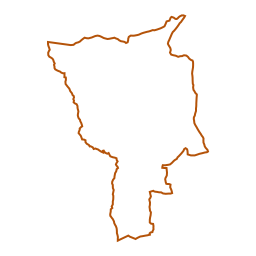 the district of Baringo Central, Rift Valley, Kenya
{"feature_id": "3690345B17833085529385", "entity_name": "Baringo Central", "entity_type": "district", "adm_level": 2, "iso_a3": "KEN", "parent_name": "Kenya", "parent_adm1": "Rift Valley", "projection": "albers", "projection_center": [35.755, 0.409], "detail": "fine", "context": "isolated", "style": "outline", "palette": "amber", "viewbox_px": 256, "rotation_deg": 0, "n_neighbors": 0, "source": "geoboundaries", "source_scale": "gbopen_adm2", "svg_char_len": 5071}
<svg xmlns="http://www.w3.org/2000/svg" viewBox="0 0 256 256"><path d="M150.9,212.3L150.0,210.7L149.8,208.8L149.5,206.9L149.9,205.0L150.0,202.3L149.5,200.7L149.3,199.3L150.3,197.9L150.9,196.3L150.4,194.6L149.8,191.9L152.0,191.2L152.7,191.0L153.3,190.8L154.1,191.4L154.8,191.6L156.0,191.8L157.1,191.9L158.5,192.2L159.1,192.3L161.3,192.4L162.7,193.3L163.4,193.5L165.7,193.8L168.5,193.6L170.5,193.6L172.1,193.1L171.8,191.5L171.3,189.8L170.2,187.3L170.5,184.6L169.0,184.0L167.5,184.0L166.3,183.8L165.7,182.1L165.5,180.8L165.2,179.2L165.5,178.0L166.1,176.9L166.8,175.5L167.0,172.6L166.5,168.0L164.3,168.0L162.3,167.8L162.4,166.6L162.6,165.9L162.8,165.2L165.0,165.3L166.9,165.0L168.3,164.8L170.1,164.4L172.1,162.7L173.3,161.4L174.6,160.2L176.9,158.8L177.5,157.4L178.9,156.1L180.4,154.5L181.4,153.4L182.3,152.3L183.5,150.8L184.2,149.1L185.6,148.2L187.1,149.3L187.5,150.9L187.6,152.3L187.7,154.4L190.9,155.4L194.7,155.4L196.0,155.0L197.5,154.5L199.5,153.8L202.2,153.2L204.8,152.5L206.9,152.2L208.0,151.5L207.6,150.3L207.4,149.7L206.8,149.1L206.1,148.3L205.5,147.6L204.7,146.2L204.3,144.5L203.5,142.6L203.4,140.4L203.5,138.4L202.8,137.0L201.7,135.6L200.8,134.0L199.6,132.3L198.6,130.7L197.7,129.2L196.6,127.2L195.4,125.2L194.4,123.2L194.2,121.6L194.1,120.5L194.0,120.1L193.8,119.2L193.8,118.7L193.9,117.3L194.8,115.6L195.1,113.8L195.3,113.2L195.5,112.5L196.0,111.0L196.0,110.5L196.0,109.1L196.0,108.3L196.2,106.9L196.3,105.0L196.3,104.3L196.3,103.5L196.4,101.7L196.5,99.7L196.6,97.7L196.8,95.6L196.8,94.4L195.4,93.0L194.5,91.3L193.5,89.9L193.1,87.4L193.4,85.0L192.8,83.8L192.7,81.9L192.6,79.7L192.6,78.0L192.4,75.7L192.1,73.6L192.3,71.6L192.6,69.8L193.0,67.4L193.1,65.5L193.1,63.2L193.0,61.7L192.5,60.5L191.1,60.0L190.1,59.3L189.1,58.5L188.1,57.0L186.4,55.6L184.5,55.3L183.9,55.3L183.1,55.6L182.2,56.1L180.2,56.2L178.2,56.8L175.7,55.7L173.2,55.2L171.2,54.6L170.0,52.6L170.5,51.0L170.7,50.4L170.7,49.6L170.3,48.0L169.4,46.5L168.6,45.2L167.9,43.8L168.3,41.9L169.3,39.8L170.0,38.1L170.7,36.5L171.7,34.1L172.8,32.0L174.0,30.9L175.6,29.0L177.3,26.8L178.7,24.8L179.7,23.2L181.0,22.0L182.1,20.4L183.3,18.7L183.7,18.2L184.3,17.3L185.0,16.0L184.2,15.7L183.6,15.4L181.7,15.4L180.8,15.9L180.2,16.1L178.8,17.1L177.8,18.2L176.7,19.0L175.4,18.9L173.8,17.7L172.5,17.2L171.6,16.9L170.7,17.6L170.0,19.3L169.5,20.6L166.6,21.4L165.6,23.9L164.5,26.3L162.5,27.4L160.6,28.3L156.9,29.6L154.4,30.3L152.7,30.1L150.3,31.0L148.6,31.5L147.1,31.8L144.9,32.4L143.8,32.7L142.5,33.1L141.4,33.5L140.7,33.8L139.0,34.6L137.6,35.0L137.1,35.1L136.0,35.3L135.0,35.5L133.5,35.7L130.7,35.6L128.8,36.9L128.2,38.9L128.2,40.1L127.9,41.2L127.8,41.7L127.6,42.3L126.0,43.0L124.6,41.9L122.8,41.5L120.9,41.2L119.2,40.3L117.8,39.1L115.8,38.4L114.4,37.7L113.2,38.0L111.1,38.4L109.2,38.8L107.5,39.0L105.5,38.5L103.7,38.0L101.4,36.8L99.6,36.0L97.6,35.6L95.4,36.0L94.1,36.5L91.7,37.5L90.1,37.9L89.4,38.1L88.6,38.3L87.8,38.3L86.6,38.2L84.6,37.7L82.8,39.0L81.2,40.3L80.1,41.4L78.4,42.3L76.1,42.9L74.7,43.8L73.6,44.8L70.8,45.1L48.0,42.0L48.0,44.1L48.4,45.9L49.2,48.0L49.7,49.8L49.0,50.9L48.2,52.7L48.3,55.1L49.3,56.7L51.1,57.7L52.5,58.7L53.3,60.0L53.8,61.8L54.7,63.5L54.0,64.8L54.5,66.6L54.5,68.0L55.2,69.3L56.7,70.2L58.4,71.0L59.9,71.5L61.4,72.7L63.1,73.3L64.5,73.2L64.5,75.2L64.4,77.2L65.8,77.5L65.9,78.6L65.9,80.0L65.4,81.7L65.6,84.0L66.9,85.7L68.0,87.1L69.3,88.6L70.3,91.2L71.9,93.2L72.6,95.1L73.7,96.0L74.0,97.4L73.3,99.1L74.0,100.6L73.9,101.0L73.6,102.2L74.6,103.2L75.1,103.5L76.6,104.2L77.4,105.8L77.5,106.3L77.5,107.3L77.7,108.8L77.9,109.4L78.4,111.4L78.0,113.7L77.8,115.2L78.1,116.7L78.7,118.3L80.0,119.8L80.3,121.3L81.2,122.9L81.9,125.0L82.2,126.3L80.8,127.3L79.7,128.5L79.8,129.3L79.4,130.6L79.2,131.0L78.9,131.7L78.6,133.1L79.9,134.7L80.3,135.1L80.9,136.0L81.2,136.8L81.4,137.4L81.9,138.7L82.1,139.4L82.9,139.5L84.0,139.6L85.5,140.3L85.5,142.2L86.8,143.8L88.8,144.9L89.7,146.4L90.4,146.2L92.7,147.3L93.7,149.0L95.3,148.5L96.9,149.1L97.6,149.3L98.1,149.5L99.4,150.5L101.1,151.6L103.1,152.5L102.9,150.8L103.7,150.6L104.7,152.2L105.9,153.1L107.3,153.7L107.9,153.4L108.6,153.0L109.4,154.6L110.3,156.3L112.6,157.2L114.9,157.7L115.6,157.9L116.5,158.3L116.7,160.0L117.6,161.4L116.6,162.9L115.9,164.4L116.2,165.1L116.6,165.7L117.6,166.9L118.0,168.0L116.7,169.1L116.2,171.3L115.1,173.2L114.8,174.9L114.5,176.5L114.4,178.1L113.1,179.7L112.2,181.8L112.1,183.6L112.8,184.9L112.8,186.1L112.9,188.1L113.7,190.0L113.3,192.0L112.8,194.3L113.3,195.7L113.3,197.8L113.2,199.6L112.8,201.5L112.8,203.2L112.8,204.4L111.7,206.5L112.3,208.0L110.8,209.3L110.7,211.7L110.2,214.2L110.3,215.9L110.7,216.2L111.1,216.9L111.9,218.0L112.8,219.1L113.4,220.3L114.0,221.5L114.2,223.0L115.0,224.7L115.9,226.2L116.6,228.2L116.8,229.8L116.9,231.4L116.9,233.1L117.5,235.1L117.9,237.0L117.8,238.5L117.8,240.6L128.3,235.6L129.7,236.6L135.6,239.0L136.0,238.7L137.6,237.8L140.3,236.5L142.4,236.2L145.5,235.6L147.4,235.3L149.9,234.7L149.6,233.4L150.5,232.5L152.4,232.1L152.7,230.9L153.5,229.4L153.4,227.6L153.5,226.0L153.1,223.9L151.1,223.7L149.8,222.5L149.8,219.8L150.1,217.5L150.6,215.3L150.8,213.4L150.9,212.3Z" fill="none" stroke="#b45309" stroke-width="2"/></svg>